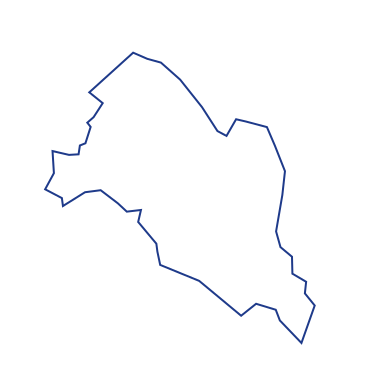 map outline of Quezon City (orthographic projection), rotated 103°
{"feature_id": "PHL-5549", "entity_name": "Quezon City", "entity_type": "Highly Urbanized City", "adm_level": 1, "iso_a3": "PHL", "parent_name": "Philippines", "parent_adm1": "", "projection": "orthographic", "projection_center": [121.079, 14.672], "detail": "fine", "context": "isolated", "style": "outline", "palette": "blue", "viewbox_px": 384, "rotation_deg": 103, "n_neighbors": 0, "source": "natural_earth", "source_scale": "10m", "svg_char_len": 752}
<svg xmlns="http://www.w3.org/2000/svg" viewBox="0 0 384 384"><g transform="rotate(103 192 192)"><path d="M275.0,46.9L314.5,51.4L297.4,77.5L287.9,83.9L286.5,104.4L301.5,116.3L277.0,165.0L270.2,206.6L257.9,212.3L250.4,215.1L233.3,237.7L221.0,237.7L225.8,251.1L219.7,261.7L210.8,281.4L216.3,296.2L234.7,314.6L227.2,317.4L222.4,335.7L204.7,330.8L183.5,337.1L183.5,320.2L180.8,311.0L171.9,311.7L168.5,306.8L151.4,305.4L148.0,309.6L141.2,304.7L125.5,299.0L118.0,314.5L69.5,280.7L72.3,265.5L72.9,251.4L85.2,228.8L107.1,201.3L126.9,180.9L129.6,171.0L111.2,165.4L111.2,155.5L111.9,133.6L128.3,121.6L150.8,106.1L174.6,103.3L211.5,101.2L225.8,93.4L232.6,80.0L249.0,75.8L253.8,60.6L265.4,59.2L275.0,46.9Z" fill="none" stroke="#1e3a8a" stroke-width="2"/></g></svg>